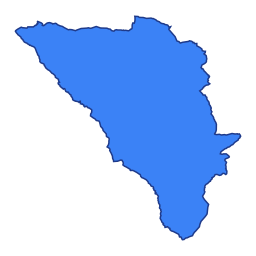 Racovita, Vâlcea, Romania
{"feature_id": "2599482B60342435469862", "entity_name": "Racovita", "entity_type": "district", "adm_level": 2, "iso_a3": "ROU", "parent_name": "Romania", "parent_adm1": "Vâlcea", "projection": "natural_earth1", "projection_center": [24.314, 45.393], "detail": "fine", "context": "isolated", "style": "filled", "palette": "blue", "viewbox_px": 256, "rotation_deg": 0, "n_neighbors": 0, "source": "geoboundaries", "source_scale": "gbopen_adm2", "svg_char_len": 5747}
<svg xmlns="http://www.w3.org/2000/svg" viewBox="0 0 256 256"><path d="M209.8,83.8L208.2,82.5L207.7,81.4L208.4,80.4L207.9,79.6L207.9,79.1L209.3,77.0L209.5,76.3L209.3,76.0L208.5,75.9L208.5,75.1L207.8,74.8L205.1,71.8L204.3,71.3L203.9,70.3L203.4,69.8L203.2,69.1L202.9,69.1L202.1,68.4L201.7,68.6L201.0,67.5L201.3,67.1L201.8,65.3L202.1,64.9L204.7,63.5L206.1,62.2L206.4,61.6L206.4,60.4L206.8,58.8L206.6,58.3L206.3,56.1L206.1,55.5L204.0,53.9L205.2,52.7L205.4,51.3L204.4,51.3L202.3,50.7L201.8,48.9L199.8,47.4L196.8,45.8L196.8,43.5L194.7,43.6L193.8,42.4L193.0,42.7L192.4,41.8L191.7,41.3L189.4,40.8L188.6,41.4L182.6,42.3L180.3,43.0L179.7,42.6L179.0,41.6L177.1,41.1L176.7,40.5L175.1,36.7L168.9,29.5L169.0,28.6L170.0,27.8L170.6,26.7L169.2,27.1L168.8,26.9L167.9,25.3L167.4,25.0L164.6,24.4L164.0,23.8L161.9,23.5L160.4,22.8L159.4,21.8L157.0,20.9L156.0,19.9L153.1,18.5L152.5,18.6L151.1,18.1L146.5,18.4L143.2,17.5L139.3,17.4L138.1,16.5L134.8,16.3L135.0,17.4L135.0,20.0L134.8,21.4L134.3,23.1L132.8,23.0L132.2,24.9L132.1,28.1L131.6,29.0L130.6,29.2L129.4,30.4L128.4,30.8L125.7,30.3L123.9,30.5L123.6,30.1L122.1,30.4L121.2,30.0L117.8,30.0L116.3,29.7L114.8,30.2L114.0,31.1L113.5,31.1L111.8,30.7L110.0,29.0L108.8,29.0L107.0,28.2L100.6,28.0L96.2,26.5L91.3,28.2L90.3,28.3L88.4,27.8L86.9,28.1L81.1,28.5L76.6,30.1L75.5,30.7L71.9,29.7L69.7,29.5L68.9,29.7L68.2,29.7L63.7,27.3L62.6,26.5L60.0,25.8L57.5,24.7L56.5,23.7L55.6,23.3L52.6,23.9L52.1,23.4L49.7,22.6L48.0,22.8L46.7,23.3L44.0,25.5L43.1,25.7L42.3,25.3L42.7,24.6L42.3,23.7L41.3,22.9L37.7,21.4L37.4,21.9L37.9,23.5L37.5,24.0L36.9,23.9L36.7,24.8L35.8,25.4L35.4,25.2L33.4,26.9L27.8,26.9L27.1,28.0L26.7,28.1L22.6,27.7L21.2,27.2L17.6,29.2L15.7,30.6L15.4,31.2L15.9,31.9L16.1,32.5L17.4,33.9L17.9,34.7L19.3,35.7L20.9,37.1L21.4,38.6L22.5,39.2L22.9,39.6L23.2,40.6L23.8,41.2L24.3,42.0L25.6,42.7L27.0,43.2L27.5,43.8L29.3,44.8L29.6,45.3L30.4,45.2L31.3,45.9L33.8,46.8L35.2,48.2L36.6,52.0L37.5,53.8L37.6,54.7L39.0,56.3L39.2,58.0L40.0,60.0L39.8,61.2L40.0,61.8L41.0,62.8L43.7,63.9L44.4,65.1L44.3,65.6L44.9,66.1L45.7,67.8L47.8,69.7L49.3,70.5L50.1,71.2L52.0,73.3L53.0,73.7L55.1,75.6L55.4,77.3L58.4,79.3L58.7,81.3L59.5,82.2L58.1,83.0L58.3,83.8L58.6,84.4L59.7,85.1L60.0,85.6L60.0,86.1L60.4,86.6L63.4,89.1L63.8,88.6L64.7,88.7L65.8,91.4L66.6,91.9L68.2,92.2L68.1,92.6L69.2,93.4L69.8,94.3L70.2,94.7L70.8,94.8L71.2,96.5L72.0,97.2L72.6,98.5L72.7,99.6L73.0,100.0L74.1,100.6L74.8,100.7L75.2,101.2L75.9,101.2L78.5,101.8L79.0,102.4L79.6,102.1L79.7,101.4L80.3,101.3L80.2,102.5L80.6,102.9L80.4,103.7L81.9,104.2L82.5,104.0L82.7,104.4L83.8,105.1L83.8,105.9L84.4,106.3L84.5,106.7L84.9,106.9L85.6,106.4L86.8,106.3L87.2,107.0L88.2,107.9L89.0,107.9L91.6,109.7L91.8,110.2L91.6,112.5L90.7,114.0L90.5,115.9L93.4,118.0L94.9,118.8L96.3,120.5L98.9,121.0L99.6,122.2L100.7,126.5L102.4,128.3L102.9,129.3L103.1,130.5L106.2,133.8L106.5,136.5L108.5,137.7L109.1,138.4L109.2,139.6L108.9,140.8L108.9,142.9L108.4,144.8L107.1,146.9L108.9,148.0L109.7,148.8L110.0,149.8L109.7,150.5L111.2,153.2L112.4,156.0L112.7,158.7L113.4,159.9L113.6,161.5L117.7,161.2L120.6,160.1L121.9,160.2L123.1,162.2L123.3,163.5L122.9,164.9L124.5,166.2L126.3,167.0L130.1,169.3L130.3,169.6L130.2,170.2L130.4,170.4L130.9,170.6L131.9,170.3L133.3,170.6L136.7,172.4L139.2,174.1L140.0,174.4L140.3,174.7L140.7,176.3L141.8,177.6L143.4,178.2L146.3,179.8L148.1,181.8L148.4,183.1L149.7,183.9L150.5,184.7L150.9,185.8L151.9,186.4L153.0,186.7L153.4,187.3L153.6,188.3L153.3,188.6L153.9,189.5L154.0,190.2L155.4,191.0L155.1,191.9L156.0,192.7L155.8,193.1L155.2,193.3L155.2,193.7L155.5,193.9L156.7,194.1L158.4,196.2L158.1,197.5L157.7,198.1L158.2,199.0L158.0,200.5L158.6,201.7L158.5,202.8L159.8,205.0L159.8,206.9L159.5,207.6L159.6,208.2L160.8,209.5L160.7,210.4L161.2,211.5L160.5,213.3L160.6,214.8L161.0,215.7L160.5,216.5L160.2,218.5L161.5,220.9L161.8,221.9L162.4,222.7L163.4,223.4L163.1,223.9L163.1,224.6L164.9,226.1L165.0,227.4L165.9,227.3L167.3,226.7L167.6,226.7L168.4,227.8L169.9,228.4L169.9,229.6L171.3,230.9L173.3,231.5L178.5,234.2L178.9,234.8L179.5,236.9L179.9,237.1L180.6,236.9L181.4,237.4L181.6,238.5L182.4,239.7L184.0,239.5L185.6,238.1L187.3,237.8L189.4,236.7L192.5,235.7L193.3,233.9L194.7,231.9L195.2,231.6L199.4,226.8L199.8,224.6L201.0,221.4L205.2,216.6L206.9,214.3L207.2,213.1L207.8,207.2L208.6,204.4L204.6,199.8L203.3,197.8L202.6,196.2L203.1,195.2L204.0,193.9L204.9,191.8L204.4,191.1L204.3,189.9L204.5,189.3L204.5,187.9L205.0,187.5L204.8,186.7L205.0,185.7L206.1,184.3L207.5,183.6L209.6,181.5L210.4,181.2L210.4,180.6L210.6,180.3L211.9,179.1L212.2,178.5L212.0,177.6L213.1,177.2L214.3,176.2L215.1,174.6L217.0,174.4L219.5,175.4L221.1,175.0L222.8,173.4L224.1,173.4L225.8,174.5L226.7,173.7L226.9,171.4L226.6,170.4L226.0,169.9L226.2,169.0L225.7,168.4L226.0,167.9L226.0,166.0L225.5,165.1L226.5,162.3L224.9,160.5L224.8,160.0L225.4,158.9L228.0,157.9L229.2,157.1L229.3,156.8L228.7,155.8L226.3,153.9L223.4,153.9L222.1,154.3L220.3,153.8L221.0,151.7L225.1,148.7L226.4,148.4L227.4,147.4L229.5,146.8L231.3,145.2L232.8,144.6L234.7,142.4L238.2,140.0L238.5,138.8L239.9,137.8L240.1,137.4L240.0,136.8L240.6,136.4L240.4,135.4L239.3,133.9L237.9,134.2L237.5,133.8L235.1,134.0L232.0,133.5L226.9,134.9L226.1,135.0L224.4,134.6L221.4,135.0L219.4,134.3L216.6,134.6L215.0,134.3L214.6,133.9L215.8,131.8L216.3,129.9L216.4,124.3L215.9,122.9L215.9,122.6L214.6,120.5L214.4,119.6L213.6,118.6L213.7,117.9L213.2,116.7L211.7,114.6L211.0,113.9L211.9,111.7L211.5,111.3L210.8,109.4L211.2,108.5L210.9,108.0L211.1,107.3L210.6,106.9L210.3,105.8L209.2,104.4L209.3,103.7L209.1,103.3L209.0,102.2L207.2,99.8L206.8,98.6L206.8,97.3L205.8,96.6L205.7,96.2L205.4,95.8L205.3,95.2L204.9,95.0L203.1,95.0L202.6,94.0L199.7,90.9L202.2,89.1L202.9,87.9L203.6,87.6L203.7,86.9L204.1,86.6L206.2,85.2L208.2,84.9L209.8,83.8Z" fill="#3b82f6" stroke="#1e3a8a" stroke-width="1.5"/></svg>